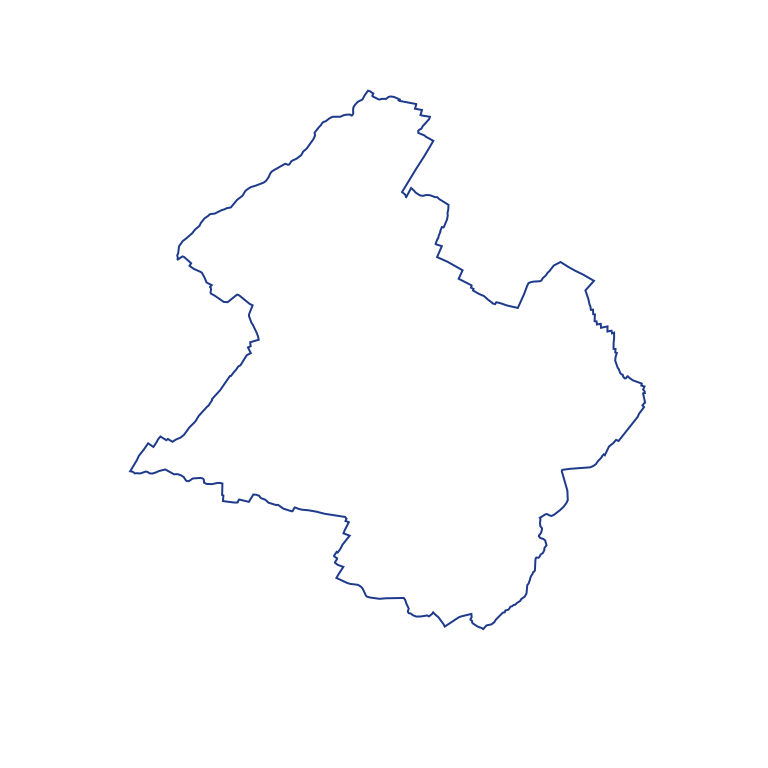 outline of Bang Phae, Ratchaburi, Thailand, rotated 221°
{"feature_id": "78962969B38783163957938", "entity_name": "Bang Phae", "entity_type": "district", "adm_level": 2, "iso_a3": "THA", "parent_name": "Thailand", "parent_adm1": "Ratchaburi", "projection": "natural_earth1", "projection_center": [99.976, 13.683], "detail": "fine", "context": "isolated", "style": "outline", "palette": "blue", "viewbox_px": 768, "rotation_deg": 221, "n_neighbors": 0, "source": "geoboundaries", "source_scale": "gbopen_adm2", "svg_char_len": 6166}
<svg xmlns="http://www.w3.org/2000/svg" viewBox="0 0 768 768"><g transform="rotate(221 384 384)"><path d="M606.3,459.7L607.0,456.9L611.1,449.3L613.7,445.2L614.9,441.0L615.3,439.0L614.3,433.2L615.7,426.6L615.4,416.8L618.1,413.4L618.9,411.4L620.7,408.4L623.5,401.6L626.4,398.5L626.9,397.2L627.0,395.6L628.1,391.3L627.9,385.4L627.0,382.2L627.9,376.8L627.8,373.4L627.6,372.9L627.9,370.3L628.7,364.5L629.7,359.6L629.0,353.4L625.0,347.5L624.5,345.5L622.5,344.0L621.6,342.7L621.2,342.7L619.9,348.0L618.3,348.7L608.8,348.6L608.3,345.6L603.1,346.1L595.5,348.4L594.2,348.4L589.3,346.6L584.5,344.2L578.9,345.6L579.0,343.1L577.6,342.9L576.4,341.6L574.9,339.2L574.1,338.7L573.4,338.8L569.8,339.6L558.8,340.8L556.1,342.8L555.6,343.6L553.6,354.8L553.1,355.4L551.0,355.9L538.0,356.3L534.8,357.2L531.6,348.2L530.5,346.7L524.3,343.3L521.7,342.6L513.9,339.2L510.3,337.3L507.6,335.2L512.4,327.7L509.4,325.0L510.6,322.3L504.8,319.9L506.3,316.1L506.4,315.0L504.6,303.9L505.5,301.6L505.0,297.6L505.1,295.4L504.8,289.6L505.5,289.0L503.6,271.7L503.9,259.7L503.2,259.3L502.2,252.3L502.6,251.4L502.9,238.5L501.8,231.8L502.4,223.4L501.6,214.4L502.4,210.1L504.5,205.8L505.8,201.6L511.1,200.7L511.4,198.8L518.3,197.7L518.2,193.9L517.5,190.9L516.7,185.2L523.1,184.5L522.3,177.4L521.9,169.0L520.6,164.7L518.3,151.6L516.3,152.8L514.5,153.1L513.5,153.0L511.7,154.8L510.8,155.3L509.1,156.8L506.4,161.6L504.8,162.5L502.5,162.7L500.2,164.3L498.4,167.1L496.6,170.9L493.0,176.0L483.3,178.1L480.4,180.7L477.2,181.9L474.1,182.4L470.4,181.3L469.1,181.4L467.5,182.7L466.3,187.3L461.1,192.5L459.1,193.7L457.9,193.8L457.1,193.5L455.0,191.5L452.5,192.1L448.2,195.5L444.6,200.3L442.7,201.8L440.7,202.9L433.3,194.0L432.1,194.5L428.7,190.0L419.2,196.3L416.9,198.3L416.7,198.7L417.7,201.4L417.5,201.8L408.7,206.4L410.1,214.8L407.8,216.6L404.8,217.7L402.8,217.2L401.7,217.2L397.9,218.8L393.4,218.6L385.7,222.0L385.3,222.8L384.5,223.3L378.2,223.9L369.9,227.5L369.6,228.1L370.4,232.0L370.3,232.4L366.6,233.7L363.6,235.2L357.9,239.3L350.9,243.5L343.7,247.1L326.2,258.1L323.9,257.7L323.2,255.4L319.9,256.6L317.7,247.8L316.6,244.7L310.4,247.0L309.9,235.3L309.0,232.2L308.4,227.6L308.4,226.4L309.6,226.3L309.0,221.5L308.3,221.2L305.0,221.7L304.6,220.9L304.0,217.2L303.5,216.9L300.1,217.2L294.7,219.3L293.6,211.3L292.7,206.4L281.5,209.6L278.3,211.0L272.3,215.1L270.3,215.7L267.8,215.9L265.7,215.5L258.8,212.4L257.2,212.4L254.3,213.8L246.5,218.9L241.9,223.6L228.7,235.5L226.3,234.9L223.0,232.9L218.3,230.9L217.8,230.4L217.0,228.2L216.1,227.6L214.9,227.3L213.3,228.3L210.2,228.5L207.0,229.7L203.5,232.9L199.6,237.6L197.6,238.1L196.9,242.0L197.1,243.9L194.3,243.6L190.0,243.7L181.5,241.8L179.0,240.8L174.5,257.0L173.1,259.5L167.2,267.8L164.8,265.4L164.5,263.3L163.9,262.8L162.1,263.0L161.0,261.8L159.7,261.6L153.9,262.4L150.4,263.9L148.3,264.1L148.3,269.0L145.2,273.1L144.5,276.5L145.0,279.8L144.3,289.5L143.1,290.8L143.8,292.7L142.1,295.2L142.0,296.4L142.5,298.9L141.5,300.3L141.2,302.2L140.2,303.4L139.9,306.5L138.9,309.5L139.3,311.7L138.3,316.0L139.1,319.5L143.9,326.2L144.0,328.4L145.6,332.4L146.3,333.5L147.0,335.6L147.4,338.6L148.0,339.8L147.6,340.8L147.8,342.3L154.2,350.4L155.2,352.1L155.1,353.1L153.6,354.0L153.3,354.4L153.3,355.6L153.9,358.1L153.2,360.7L154.0,363.7L155.4,365.7L155.5,368.9L159.8,371.7L162.1,371.6L165.1,370.3L167.1,370.6L167.7,371.4L167.6,372.9L168.0,375.1L169.6,378.3L170.5,378.9L172.6,379.2L174.9,381.2L177.0,384.3L177.8,385.0L178.6,385.2L176.6,391.7L175.6,392.8L172.9,393.4L171.1,394.2L169.9,396.8L168.4,404.3L167.9,409.2L168.3,414.0L169.1,416.9L175.6,423.8L192.6,434.8L193.1,435.9L193.0,436.3L188.1,441.9L173.8,456.3L172.2,459.5L171.5,462.5L171.9,466.1L171.7,469.7L171.8,472.1L172.1,472.5L172.0,474.9L172.0,475.1L170.6,475.1L173.2,484.5L172.2,489.7L172.2,494.1L169.6,494.9L171.0,525.7L172.0,528.9L172.6,537.2L174.9,537.4L175.0,539.8L174.7,541.2L182.2,546.8L182.3,547.2L181.2,548.3L182.6,549.5L184.8,549.8L185.8,553.0L188.8,551.7L189.5,553.3L189.8,553.4L198.7,550.0L203.7,549.6L205.1,549.8L205.4,549.1L205.2,547.0L205.9,546.2L208.2,546.4L209.9,547.6L211.0,547.1L212.8,547.2L217.2,549.5L218.1,549.5L224.7,553.2L226.8,556.0L228.7,560.2L230.2,559.5L232.2,562.3L233.8,561.1L237.8,565.8L240.1,569.2L244.0,573.7L245.1,571.8L247.2,573.5L249.8,570.2L253.1,574.1L257.1,568.8L259.9,571.6L262.4,568.6L264.6,570.7L266.3,569.6L270.5,574.9L271.9,573.9L275.0,577.2L276.5,575.7L279.2,578.0L281.3,579.0L285.2,582.0L293.4,586.8L293.2,599.6L305.6,597.2L314.0,594.9L322.7,593.1L330.8,591.9L333.6,584.8L333.2,577.7L333.5,575.4L333.1,572.0L333.6,568.1L333.1,565.3L333.8,563.8L338.2,559.5L340.0,557.2L340.8,555.7L341.1,554.7L340.2,551.6L337.2,543.6L332.9,529.2L342.8,523.9L349.1,521.4L352.9,519.4L352.5,517.2L354.9,516.1L356.1,516.3L360.3,515.9L366.1,516.0L371.4,514.3L378.2,513.0L378.8,514.5L381.5,513.8L382.3,515.6L382.6,515.9L396.7,512.4L399.3,521.4L416.3,517.9L427.2,514.6L430.8,526.0L436.5,523.5L437.0,523.6L438.8,528.5L438.6,529.3L440.1,532.1L441.3,535.9L441.8,536.2L443.3,540.4L441.8,541.3L441.8,541.7L444.4,549.6L446.3,552.8L448.3,554.8L450.1,558.0L452.8,561.5L463.6,559.8L466.4,559.9L468.3,558.4L472.6,556.9L474.2,555.9L476.3,554.1L478.2,551.4L480.8,549.9L485.9,549.2L487.9,549.6L492.1,549.7L489.8,539.6L490.1,539.5L491.5,540.5L492.3,540.8L496.3,540.7L501.0,568.1L503.1,582.6L506.3,599.9L515.0,598.0L516.3,598.2L522.8,596.0L524.2,597.4L524.2,599.0L523.3,601.4L523.9,603.8L523.7,613.6L524.7,615.8L531.2,611.7L532.9,610.9L535.1,615.7L541.2,612.1L543.0,616.0L543.4,616.4L558.1,607.8L558.7,607.7L558.4,608.8L558.6,609.1L564.8,607.2L567.7,605.3L568.9,603.6L569.5,600.5L572.6,597.9L573.9,595.9L574.7,595.3L581.3,593.6L581.9,593.8L582.6,596.2L586.3,595.8L588.5,594.9L588.0,589.3L586.9,584.5L588.6,580.7L589.0,578.9L589.0,575.4L588.6,572.8L587.6,571.1L584.7,568.0L584.3,565.8L584.7,565.2L586.3,565.1L589.0,562.7L590.9,560.2L592.3,557.0L597.7,552.4L598.7,550.7L599.6,548.2L600.3,544.2L601.7,541.9L601.8,539.9L601.4,537.9L601.6,535.2L601.3,528.4L600.8,527.6L599.0,526.3L597.9,522.4L596.8,510.7L597.5,506.5L596.6,502.2L597.9,496.4L599.6,492.8L600.1,491.0L599.6,488.7L599.7,487.1L600.4,486.4L602.9,485.5L603.2,485.1L608.0,471.3L608.1,468.8L606.7,464.1L606.3,459.7Z" fill="none" stroke="#1e3a8a" stroke-width="2"/></g></svg>